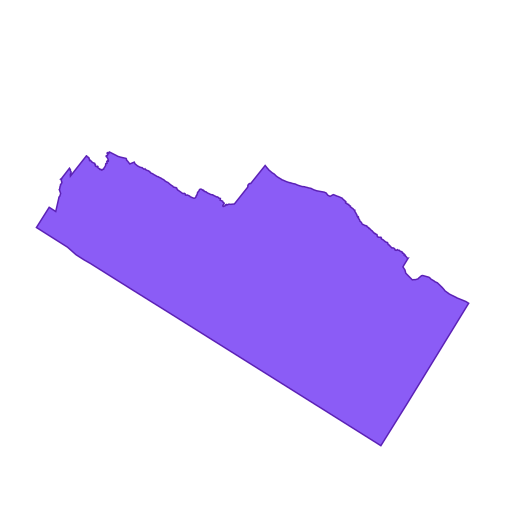 Goyder, South Australia, Australia (Albers equal-area conic projection), rotated 122°
{"feature_id": "25037944B76718204715141", "entity_name": "Goyder", "entity_type": "district", "adm_level": 2, "iso_a3": "AUS", "parent_name": "Australia", "parent_adm1": "South Australia", "projection": "albers", "projection_center": [138.943, -33.716], "detail": "fine", "context": "isolated", "style": "filled", "palette": "violet", "viewbox_px": 512, "rotation_deg": 122, "n_neighbors": 0, "source": "geoboundaries", "source_scale": "gbopen_adm2", "svg_char_len": 6058}
<svg xmlns="http://www.w3.org/2000/svg" viewBox="0 0 512 512"><g transform="rotate(122 256 256)"><path d="M243.6,415.1L243.3,416.6L242.8,416.9L242.4,417.3L242.1,417.9L244.0,423.4L244.7,426.0L244.8,426.3L244.7,426.9L245.4,434.9L245.4,435.4L245.7,435.6L247.0,435.1L247.3,435.2L247.4,435.4L246.9,436.3L246.9,436.6L247.1,436.8L247.5,436.8L247.8,436.7L247.9,436.1L249.0,435.3L249.6,435.3L249.9,435.8L250.3,436.1L250.9,435.9L251.1,435.5L251.1,434.9L251.8,433.5L252.7,432.3L253.6,431.6L253.9,431.5L254.0,431.7L254.0,432.5L255.0,432.6L255.4,432.1L256.4,431.4L256.5,431.5L256.8,432.1L257.2,432.3L257.8,432.2L258.4,431.7L259.2,431.5L260.5,431.4L262.3,431.5L262.8,431.3L263.2,431.2L263.4,431.4L263.6,431.8L263.8,432.0L264.5,432.1L264.9,432.2L264.9,432.3L265.0,432.6L264.7,433.2L264.7,433.6L264.8,433.8L265.3,434.0L265.4,434.5L264.9,435.1L265.1,436.1L264.8,436.7L264.8,437.5L264.6,437.6L264.2,437.4L263.9,437.5L264.0,438.4L264.4,438.7L264.7,438.9L264.9,439.3L264.9,439.7L264.2,440.5L263.7,440.6L263.7,441.1L263.6,441.4L263.2,441.5L262.9,441.8L262.9,442.2L263.1,442.6L263.3,444.3L263.4,444.7L263.0,445.3L262.9,446.1L262.6,447.2L263.2,447.5L263.3,447.7L262.3,448.6L261.3,449.7L261.5,450.1L261.1,450.8L261.2,451.4L261.3,451.6L261.4,451.8L261.2,452.2L260.8,452.7L260.9,452.9L286.6,455.7L285.2,456.7L283.4,457.0L282.7,457.3L281.7,459.1L281.2,459.1L280.4,460.7L292.3,461.9L292.4,461.7L294.4,462.4L294.3,461.5L295.1,461.2L296.3,459.7L297.9,459.3L298.8,459.7L299.3,459.5L300.1,459.0L300.5,459.1L301.2,458.9L301.3,458.8L303.9,457.8L304.1,457.9L304.2,457.6L306.5,454.8L309.2,454.1L310.6,454.3L310.9,454.1L324.4,449.4L324.3,457.2L348.2,457.3L348.4,420.5L350.3,409.3L350.4,399.6L350.1,392.8L350.2,341.2L350.2,285.6L350.5,125.6L350.7,49.6L302.5,49.6L183.4,50.6L183.4,54.0L184.9,62.5L185.1,63.1L185.0,63.5L185.8,71.8L185.4,77.4L184.9,78.5L184.1,81.1L182.6,88.0L183.0,90.6L182.8,91.6L182.9,95.4L182.4,97.1L182.4,98.2L184.2,104.3L185.0,105.2L188.4,106.3L189.6,106.5L191.7,108.4L192.3,109.5L193.4,110.8L191.2,119.9L188.9,122.3L187.4,125.6L186.0,125.7L177.3,125.8L177.5,126.0L177.6,126.5L176.9,128.5L177.0,129.3L176.3,129.7L176.6,130.8L176.0,130.8L175.8,131.5L175.9,131.8L175.6,132.3L175.6,133.1L175.9,133.3L175.1,134.3L175.1,134.9L175.4,135.2L175.5,136.8L175.2,137.4L175.6,137.9L175.7,138.6L175.7,139.4L176.1,139.4L176.7,139.8L176.7,140.3L177.3,140.9L177.2,141.2L176.4,142.2L176.4,142.5L176.3,143.0L176.5,144.2L177.1,144.9L177.0,145.8L176.5,147.3L176.6,147.6L176.1,148.7L176.3,149.8L175.8,150.5L175.3,151.0L174.9,151.7L175.2,152.3L175.3,153.4L175.4,153.9L175.2,154.4L175.3,154.7L174.9,156.5L175.0,157.1L174.9,157.7L175.1,158.1L174.9,159.1L174.2,159.3L173.9,160.0L175.3,162.2L175.1,162.9L175.2,163.4L173.7,164.8L174.0,166.0L173.8,166.3L173.8,167.1L174.1,167.2L174.1,167.7L173.8,168.4L173.7,168.6L173.8,168.8L173.1,170.8L173.2,171.4L172.5,174.3L172.8,174.8L172.3,175.3L172.3,177.3L171.8,178.0L172.0,178.4L172.0,179.1L172.5,179.7L172.4,181.5L172.7,181.9L172.6,183.0L171.8,184.2L171.4,185.6L171.4,186.3L170.5,187.3L169.3,189.9L168.7,189.7L168.4,190.3L168.7,191.0L168.6,191.3L168.1,191.9L167.5,192.5L167.0,193.6L166.4,194.5L166.2,195.0L165.7,196.0L164.8,196.4L165.0,197.2L164.5,198.8L164.3,202.1L163.7,202.3L163.6,203.6L163.7,204.0L163.2,204.7L163.4,204.9L163.3,205.4L163.7,206.0L163.2,206.9L163.6,208.1L163.2,208.4L162.3,208.6L161.7,212.5L161.3,213.5L161.9,217.6L162.3,219.1L162.7,221.8L163.0,223.0L166.2,224.8L166.4,227.4L165.4,229.8L165.7,232.0L168.5,239.0L169.2,241.9L169.4,243.8L169.5,245.2L170.5,247.8L170.6,248.5L171.4,250.7L171.5,251.4L172.1,252.7L172.5,253.3L172.8,254.2L173.9,258.5L173.9,259.0L174.0,259.4L174.1,260.6L174.3,261.3L174.8,262.5L175.1,263.5L175.3,263.9L175.5,265.2L175.8,265.6L175.8,266.1L176.1,266.6L176.4,267.8L176.8,269.5L177.4,273.6L177.7,274.2L177.5,274.7L177.6,279.7L177.4,281.6L177.1,282.7L176.8,284.3L176.9,286.2L176.3,290.1L176.3,290.7L175.9,291.5L175.6,292.7L175.4,293.0L175.4,293.7L175.1,294.1L174.4,296.2L197.4,298.9L197.8,299.7L198.3,300.1L200.1,300.4L200.5,300.3L200.9,299.9L201.6,299.7L202.0,299.5L223.3,301.9L224.4,303.2L224.7,303.8L225.1,304.1L225.7,305.0L226.4,306.5L227.9,307.5L227.9,308.4L228.5,308.8L228.9,308.4L229.5,308.6L229.8,309.0L230.6,309.3L231.4,310.0L231.2,310.6L231.0,310.8L229.8,310.9L228.6,310.7L228.4,310.8L228.2,310.9L227.9,311.5L228.0,312.0L228.0,312.3L227.2,313.3L227.5,315.2L227.4,315.6L227.6,316.0L226.1,316.7L226.2,316.9L226.6,318.4L226.3,318.9L226.3,320.0L226.7,320.4L226.9,321.6L226.8,321.8L227.1,323.6L227.0,324.0L227.2,324.4L227.0,325.1L227.6,326.4L227.8,326.7L228.0,329.1L228.2,330.0L228.2,331.6L228.0,332.2L228.2,332.5L228.2,332.9L228.5,333.4L228.3,334.1L228.5,334.7L228.1,335.1L228.0,335.5L228.3,336.1L228.5,336.2L228.3,336.7L228.3,337.4L228.4,338.0L228.5,338.3L229.1,338.7L229.3,339.0L230.0,339.1L230.6,338.9L231.2,338.9L232.1,339.1L232.5,339.1L233.2,339.2L234.3,338.7L235.4,338.6L235.9,338.4L236.3,338.4L236.8,338.6L238.0,338.2L238.7,338.3L239.5,338.7L239.7,339.0L239.9,339.1L240.0,339.3L240.2,340.9L240.4,341.3L240.4,342.0L240.4,342.3L240.6,342.8L240.6,343.3L240.4,343.7L240.4,344.9L240.6,346.0L240.7,346.4L240.7,346.7L241.6,347.6L241.7,348.2L240.9,348.8L240.8,349.8L241.0,350.1L241.0,350.3L241.7,350.8L241.8,351.1L241.8,352.1L241.6,354.5L241.6,355.6L241.4,356.4L241.6,357.3L241.3,358.1L240.5,359.1L240.4,359.3L240.4,360.2L240.7,360.4L240.8,361.1L240.8,361.4L241.0,361.6L241.3,362.6L241.1,363.1L240.9,363.4L240.9,364.6L240.9,365.5L240.8,365.8L240.7,367.5L240.5,368.4L240.3,369.9L240.6,371.0L240.5,373.4L240.2,374.5L240.2,375.1L240.4,375.8L240.4,376.2L240.3,377.6L240.6,379.9L240.6,381.1L240.9,381.8L241.0,382.1L241.0,383.0L240.9,383.5L241.1,385.2L241.0,386.7L241.1,387.4L241.1,388.0L241.4,389.0L241.2,389.5L241.2,390.2L240.8,390.6L240.7,390.9L240.7,391.2L240.9,391.6L240.8,392.0L240.8,392.8L241.2,394.0L241.3,394.9L241.1,395.2L241.1,395.9L240.9,396.3L241.2,396.4L241.5,396.7L241.8,397.4L241.6,398.1L241.6,398.7L241.5,398.9L241.4,399.4L241.7,399.8L241.9,400.8L242.3,401.8L242.2,402.9L242.4,404.1L241.9,407.5L241.6,408.0L240.9,409.0L244.8,411.8L243.6,415.1Z" fill="#8b5cf6" stroke="#5b21b6" stroke-width="1.5"/></g></svg>